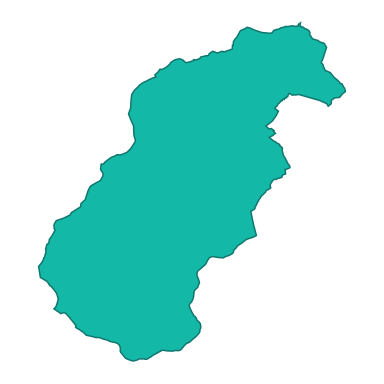 Saru Dornei, Suceava, Romania
{"feature_id": "2599482B64187693083296", "entity_name": "Saru Dornei", "entity_type": "district", "adm_level": 2, "iso_a3": "ROU", "parent_name": "Romania", "parent_adm1": "Suceava", "projection": "equal_earth", "projection_center": [25.301, 47.209], "detail": "fine", "context": "isolated", "style": "filled", "palette": "teal", "viewbox_px": 384, "rotation_deg": 0, "n_neighbors": 0, "source": "geoboundaries", "source_scale": "gbopen_adm2", "svg_char_len": 5850}
<svg xmlns="http://www.w3.org/2000/svg" viewBox="0 0 384 384"><path d="M200.8,326.2L200.2,323.5L199.8,322.8L199.1,322.0L197.1,320.3L196.0,317.5L194.6,316.1L193.6,315.3L193.3,314.8L190.7,309.7L190.1,308.1L189.4,306.7L189.1,305.6L189.8,303.9L191.4,302.1L192.0,301.1L192.9,299.0L193.6,296.4L194.1,291.8L194.4,290.8L194.8,290.1L197.5,287.5L197.9,286.8L198.5,284.9L199.4,283.1L199.4,282.2L199.1,281.2L197.9,277.7L196.9,275.4L197.1,272.8L197.5,271.4L198.1,270.7L200.1,269.1L205.4,264.5L206.3,263.1L207.3,260.9L208.5,258.9L208.9,258.4L209.9,257.4L211.4,256.8L212.8,256.6L218.9,257.6L221.4,257.7L223.3,257.9L225.9,256.4L229.0,255.5L231.9,253.9L233.0,253.1L234.1,249.8L235.7,248.4L237.4,246.0L242.3,242.7L245.9,239.7L247.8,238.9L252.9,237.3L256.4,235.5L253.4,224.0L250.8,211.4L254.0,209.4L254.6,208.9L255.0,208.4L255.0,207.1L255.6,206.4L256.9,203.8L257.6,202.0L258.6,201.0L258.6,200.0L260.6,197.7L260.6,196.7L261.6,195.9L265.4,192.3L266.1,190.8L266.5,190.3L268.5,189.5L270.7,187.9L270.8,187.5L270.2,186.3L270.3,185.3L270.6,183.8L272.0,181.6L272.9,180.4L274.2,179.4L276.5,179.3L278.0,178.2L279.6,178.2L281.1,177.4L281.8,177.4L282.0,177.1L282.2,175.4L283.5,174.6L285.4,174.1L285.6,173.9L285.3,170.2L285.1,169.4L285.8,169.4L289.1,168.2L289.7,167.8L290.0,167.3L289.8,166.3L289.4,165.3L288.8,164.8L287.2,162.5L286.8,161.2L285.9,159.7L285.5,158.6L283.4,155.3L282.2,150.5L282.3,149.3L282.5,148.9L282.2,147.8L281.2,146.6L280.6,146.6L279.8,145.5L279.9,145.3L279.6,144.8L279.6,144.4L277.0,143.1L275.4,141.7L273.7,141.1L269.2,137.3L273.1,135.4L273.3,135.0L273.8,134.5L275.5,133.3L273.3,131.2L274.0,130.6L271.3,128.5L269.0,129.0L266.4,126.4L265.8,126.0L270.1,122.9L272.3,121.0L273.0,120.2L276.3,115.4L278.4,111.1L277.6,110.6L274.9,108.5L274.9,108.2L275.9,106.9L277.0,106.1L277.7,104.3L278.5,103.8L278.7,103.5L280.2,102.1L280.3,101.7L281.1,100.9L282.0,100.9L282.2,100.6L282.1,100.2L282.5,100.0L282.6,99.7L283.1,99.1L283.5,99.3L284.2,99.5L284.5,98.6L285.2,98.4L285.8,97.7L286.3,97.7L286.2,97.4L286.4,97.4L286.9,96.9L287.6,96.6L288.0,96.0L288.1,95.0L288.3,94.5L288.4,94.1L289.1,93.3L292.2,95.1L296.9,94.8L298.8,94.5L319.4,100.4L326.7,103.6L328.2,106.2L331.2,103.8L331.5,100.2L334.4,98.1L336.8,97.6L339.1,97.6L340.2,96.8L342.1,94.2L345.3,91.7L345.4,91.2L344.6,88.2L343.4,86.9L343.3,86.1L342.2,84.6L341.9,83.7L341.4,83.8L340.6,83.6L338.2,80.8L333.8,77.1L330.3,72.6L325.2,70.4L323.3,66.1L323.0,64.5L321.2,62.7L322.8,59.0L326.6,47.3L325.2,45.2L324.7,44.0L323.4,42.9L321.5,42.6L320.8,42.3L318.7,41.1L318.1,40.5L316.4,40.1L315.3,39.6L312.9,39.2L312.6,38.6L311.5,37.4L310.9,36.1L310.3,35.6L309.5,34.3L309.6,33.7L309.9,33.2L310.0,32.7L309.6,31.7L308.9,30.6L308.2,30.0L307.2,29.8L307.0,29.4L306.2,29.0L304.3,28.5L303.9,27.7L303.4,27.3L302.8,27.2L302.4,26.9L301.3,26.9L300.6,26.5L300.3,26.1L300.5,25.2L300.0,24.5L299.9,24.1L300.3,23.0L299.0,23.8L298.3,24.4L298.3,26.1L296.9,26.1L296.2,26.4L294.8,26.3L294.0,26.0L291.3,25.9L287.7,26.6L286.3,26.4L285.6,26.5L282.4,27.5L280.9,27.8L278.5,29.2L276.3,29.5L274.2,30.2L273.7,30.6L272.3,32.5L271.7,32.9L270.0,33.3L265.2,32.8L264.3,32.8L261.5,32.4L252.8,29.5L252.8,29.3L249.7,27.9L247.0,27.3L245.4,28.5L240.7,30.5L240.1,31.2L236.8,37.2L234.8,39.4L233.3,42.0L233.4,43.8L233.0,44.8L233.1,45.1L232.5,45.1L232.3,48.4L232.2,49.0L231.6,49.3L223.8,52.0L223.0,51.4L221.9,51.3L219.5,52.2L218.7,52.6L217.0,53.0L214.9,52.0L212.7,51.3L211.2,52.2L209.5,53.5L209.0,54.0L208.7,55.3L208.4,55.5L207.5,55.7L205.6,55.8L201.9,56.8L201.4,56.8L200.8,57.0L199.6,58.6L199.0,58.9L196.1,59.9L194.2,59.7L193.7,59.8L193.3,60.0L193.1,60.9L191.4,61.2L190.2,61.9L188.5,62.1L187.1,62.5L185.7,62.5L185.0,62.1L183.7,60.8L183.6,60.5L181.9,59.5L179.6,58.8L177.7,59.1L175.5,59.6L173.8,60.5L170.6,62.6L170.3,63.4L169.6,64.3L166.4,67.2L163.7,68.7L162.4,69.3L161.1,69.4L160.0,69.2L158.1,71.9L154.8,75.0L156.0,76.9L153.6,77.7L149.3,79.5L146.3,81.2L144.4,82.0L142.0,83.3L139.1,85.4L138.1,86.9L135.3,89.4L134.0,90.9L132.4,93.4L131.7,94.9L131.1,99.8L130.6,108.1L128.5,113.9L130.8,119.8L133.5,125.7L133.9,135.0L135.4,140.5L135.2,141.5L134.8,142.4L132.2,146.4L130.5,148.7L128.6,150.8L127.2,152.1L125.7,152.9L121.2,154.7L119.7,155.0L118.1,154.6L116.9,154.8L114.6,156.2L113.3,156.5L111.9,157.1L110.3,158.0L105.0,162.1L103.3,164.1L102.2,164.2L101.3,164.0L100.9,165.3L100.9,166.8L100.5,169.2L101.2,170.7L102.3,172.2L103.1,173.9L103.0,175.2L102.7,176.3L100.7,180.0L100.0,180.8L96.7,182.5L90.8,185.9L89.9,187.0L88.0,190.9L85.3,199.6L81.0,203.5L80.6,206.8L71.5,212.5L69.9,215.1L63.2,218.3L56.3,220.6L54.2,224.2L53.9,225.8L54.1,226.4L54.2,228.7L55.0,230.1L55.0,230.5L53.8,232.3L53.7,232.7L51.9,235.9L51.1,236.9L50.9,237.5L49.4,239.2L48.8,243.0L47.3,244.1L46.7,244.8L46.4,246.3L45.9,247.7L46.1,248.4L45.5,249.1L46.0,250.4L45.8,252.6L45.9,253.2L45.1,254.2L45.3,254.7L44.3,257.3L43.8,258.0L43.7,258.7L42.5,261.4L41.7,262.7L38.6,266.4L40.4,277.5L47.2,281.5L49.6,285.3L51.4,286.7L54.2,290.0L56.7,293.6L58.3,299.0L56.9,304.1L55.8,306.9L53.9,308.9L55.5,309.8L56.7,310.8L59.4,312.5L60.6,313.6L61.2,313.5L63.5,312.6L64.5,312.8L65.9,313.6L68.8,316.7L70.1,318.3L70.2,318.1L70.4,318.2L70.6,318.9L74.8,324.1L76.0,325.9L76.0,326.4L75.6,327.1L75.7,327.3L76.6,328.1L79.6,329.7L80.8,330.7L83.5,332.4L85.9,334.9L86.5,335.3L91.3,336.3L95.9,337.5L99.8,337.6L103.0,339.0L107.8,340.2L109.7,341.4L116.2,342.8L117.6,343.6L119.2,344.9L120.0,346.6L120.4,348.4L120.2,351.0L120.6,352.1L123.5,355.8L125.7,358.3L128.0,359.4L131.5,360.6L133.2,361.0L135.1,360.6L137.9,359.7L138.9,359.1L140.0,358.8L141.5,359.0L143.5,358.8L145.2,359.3L146.9,359.2L150.6,357.0L153.1,355.2L162.2,350.3L162.8,350.2L167.2,350.9L172.5,351.1L176.0,350.4L177.2,350.6L178.5,350.7L179.8,350.3L181.5,349.1L183.8,346.2L185.6,344.3L187.0,343.2L188.7,342.6L190.0,341.8L193.8,338.3L195.9,336.7L199.0,333.2L199.5,332.5L199.7,331.8L200.0,330.3L199.9,329.5L200.5,328.6L200.7,328.1L200.6,327.3L200.8,326.2Z" fill="#14b8a6" stroke="#0f766e" stroke-width="1.5"/></svg>